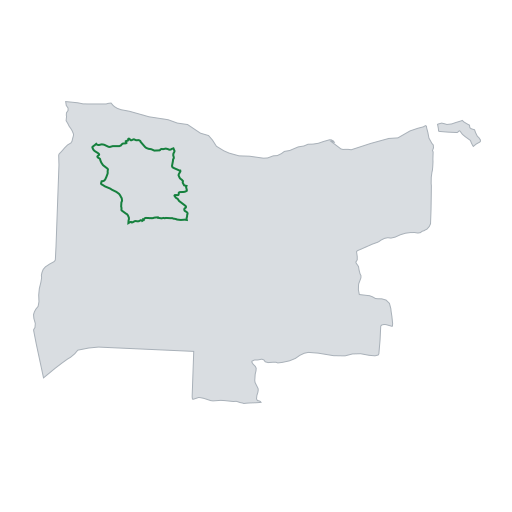 location of Huíla within Angola, rotated 92°
{"feature_id": "AGO-1891", "entity_name": "Huíla", "entity_type": "Province", "adm_level": 1, "iso_a3": "AGO", "parent_name": "Angola", "parent_adm1": "", "projection": "equal_earth", "projection_center": [15.141, -14.853], "detail": "fine", "context": "in_parent", "style": "outline", "palette": "green", "viewbox_px": 512, "rotation_deg": 92, "n_neighbors": 0, "source": "natural_earth", "source_scale": "10m", "svg_char_len": 7413}
<svg xmlns="http://www.w3.org/2000/svg" viewBox="0 0 512 512"><g transform="rotate(92 256 256)"><path d="M402.1,245.9L402.6,250.2L403.0,256.1L403.4,260.3L403.7,262.2L403.8,263.2L403.4,264.3L403.0,266.9L402.3,269.1L401.9,270.7L402.2,273.6L401.6,282.1L401.5,286.3L402.3,293.9L402.1,296.2L400.1,303.1L399.5,306.6L399.4,308.4L401.3,313.5L401.2,314.5L399.6,314.8L398.3,314.9L353.5,314.9L352.6,402.7L352.5,410.2L353.8,420.0L356.3,430.7L357.4,431.7L360.0,433.7L363.6,437.7L365.6,440.8L369.7,446.1L375.2,452.8L385.2,464.1L351.3,472.6L338.3,475.6L337.2,475.6L335.2,474.4L331.1,474.2L326.2,475.8L322.3,476.3L319.5,475.5L316.7,474.1L314.0,472.0L309.3,471.3L302.6,471.8L296.1,471.4L289.9,470.1L285.4,469.5L282.7,469.8L279.9,469.3L276.8,468.2L274.2,466.1L271.2,461.9L268.8,457.8L268.2,457.2L267.4,456.6L266.6,456.4L253.3,456.2L171.9,456.1L162.4,456.7L161.7,456.6L160.5,456.1L159.7,455.2L157.0,452.9L154.7,451.1L151.6,448.2L149.5,444.9L147.8,443.9L144.7,443.3L142.4,442.7L140.6,442.6L137.3,444.1L134.8,445.7L133.1,447.1L130.0,448.8L127.4,450.5L122.9,450.2L122.0,450.5L119.5,450.4L117.1,448.9L114.7,449.0L112.1,450.9L108.3,451.6L109.1,439.5L110.0,434.2L109.9,427.8L109.3,411.1L108.6,408.9L108.2,406.2L110.5,404.1L111.7,402.6L113.3,399.8L114.5,396.0L115.8,387.4L120.6,367.8L122.9,348.5L125.9,339.3L127.0,329.0L135.2,315.8L137.3,307.6L141.6,303.6L147.7,299.4L152.0,291.8L154.1,286.5L156.5,276.5L156.5,265.9L158.0,251.9L157.6,247.8L155.3,242.2L154.9,238.2L152.8,234.2L150.5,231.3L149.4,226.0L145.5,217.6L144.4,212.0L142.5,207.9L142.2,203.0L141.2,197.7L139.2,192.5L137.3,186.6L137.3,184.8L138.5,182.5L139.6,181.8L139.2,182.9L138.5,184.2L138.7,185.3L146.0,174.9L146.5,172.8L146.3,170.5L146.2,167.7L146.5,164.5L139.5,145.3L133.9,127.4L133.0,118.3L125.6,106.4L122.7,98.7L121.1,93.3L119.8,91.2L120.3,90.2L122.2,89.9L126.4,88.6L132.1,87.3L137.4,84.1L138.9,82.7L141.7,82.4L144.5,83.3L145.6,82.7L146.2,82.6L153.0,82.6L155.8,82.4L160.9,82.5L164.2,82.7L166.1,83.1L171.1,83.6L177.4,83.5L179.7,83.2L187.9,83.0L203.4,82.7L211.5,82.7L217.7,82.7L220.5,83.9L223.1,86.0L224.2,88.0L224.8,88.8L225.5,90.9L226.9,92.5L227.4,95.0L227.0,98.4L227.2,102.6L228.0,107.4L229.7,112.4L232.3,117.7L233.4,121.8L233.1,124.9L233.9,128.2L235.8,131.7L237.2,133.5L238.0,134.9L240.1,140.2L247.2,154.9L248.2,155.7L249.8,155.4L253.1,154.8L256.3,154.7L258.6,156.0L259.5,155.7L263.0,153.2L266.5,152.5L270.2,151.4L272.0,150.4L274.2,150.4L280.2,152.4L281.3,152.5L286.1,152.5L290.9,151.4L291.6,142.9L291.7,141.2L292.8,138.0L294.3,135.2L294.5,132.6L294.4,128.9L295.5,124.5L298.7,121.0L304.0,119.4L306.9,119.0L311.6,118.1L318.7,117.1L321.3,117.2L321.5,117.7L320.0,123.8L320.0,125.8L320.5,127.8L321.7,128.9L335.8,129.1L349.4,129.8L350.1,130.1L350.7,130.5L351.6,133.6L351.3,139.5L350.0,148.1L350.5,156.1L352.7,163.6L352.9,175.1L350.9,190.5L350.5,200.3L351.5,204.4L353.7,208.7L357.0,213.1L359.6,218.9L361.4,226.0L362.1,230.5L361.5,232.3L361.6,235.5L362.1,240.1L361.4,243.1L359.6,244.5L358.9,246.6L359.8,250.5L360.0,254.0L361.3,256.4L362.1,256.5L364.0,255.3L366.3,252.9L368.1,251.9L370.7,252.0L374.2,252.7L380.5,252.9L382.5,252.5L388.4,249.3L389.9,249.1L392.2,249.4L395.5,250.3L398.8,250.5L400.5,249.5L400.6,248.2L401.2,246.6L402.1,245.9ZM138.9,42.5L138.5,43.0L135.9,44.5L133.0,45.8L129.3,51.3L127.4,53.7L126.8,54.3L125.1,55.6L123.8,56.8L123.9,57.4L124.7,58.1L125.6,59.3L125.5,68.3L125.1,77.2L124.7,77.9L122.3,78.2L119.1,78.9L118.1,79.2L117.7,78.4L116.7,75.1L117.3,72.1L117.9,69.8L117.2,65.1L115.6,60.9L113.8,55.6L113.3,54.6L114.8,52.9L116.9,49.1L117.8,47.2L120.3,46.8L121.3,45.4L121.9,43.2L122.2,42.0L125.0,40.9L128.4,39.1L130.3,37.1L132.2,35.8L133.5,35.7L134.3,36.3L136.4,39.8L138.3,42.0L138.9,42.5Z" fill="#d9dde1" stroke="#a8b0b8" stroke-width="1"/><path d="M222.4,326.4L222.2,328.2L222.2,328.9L222.3,329.6L222.6,332.3L222.6,332.7L222.3,336.3L222.2,336.4L221.9,337.2L221.9,337.4L221.8,337.9L221.7,338.2L221.6,339.1L221.6,339.6L221.5,340.0L221.2,340.7L221.1,341.1L221.1,341.3L221.1,341.5L221.2,342.1L221.1,347.5L221.4,348.3L221.4,348.5L221.4,348.9L221.3,349.1L221.2,349.4L221.2,349.7L221.3,350.2L221.6,351.6L221.7,351.9L221.6,352.3L221.5,353.1L221.3,354.9L221.3,355.1L221.2,355.1L221.0,355.3L220.9,355.3L220.9,355.5L220.8,355.9L221.2,358.8L221.3,359.2L221.7,360.2L221.8,361.0L221.9,361.5L221.8,361.8L221.8,362.0L221.8,362.3L221.8,362.6L221.9,363.4L221.9,363.9L221.8,364.2L221.8,364.7L221.8,367.4L221.8,367.5L221.9,367.8L222.0,368.1L222.5,368.8L223.1,369.3L223.7,369.4L223.5,369.9L223.4,370.1L224.1,370.2L224.4,370.3L224.6,370.5L224.8,370.7L224.9,370.9L224.6,371.0L224.4,371.8L224.3,372.0L224.2,372.2L224.3,372.5L225.2,374.1L225.4,374.7L225.5,375.5L225.3,377.3L225.3,378.0L225.5,378.5L226.0,379.4L226.2,379.7L226.2,379.9L226.4,380.1L226.6,380.4L226.7,381.0L226.8,381.1L226.8,381.5L226.4,381.8L226.3,382.0L226.4,382.6L226.6,383.1L227.6,384.7L224.9,384.6L223.7,384.3L223.0,384.3L222.1,384.4L219.9,385.4L218.7,386.4L218.2,387.4L215.3,391.7L214.8,392.1L212.9,392.1L212.2,392.2L211.2,392.5L207.1,392.4L206.6,392.2L205.8,391.9L205.5,391.8L203.5,392.1L202.8,392.3L201.1,393.4L200.4,393.7L198.7,395.0L196.8,397.8L194.8,402.3L193.7,404.1L191.7,409.4L190.5,411.4L189.8,412.8L189.3,413.3L188.8,413.4L186.7,412.9L186.5,411.6L186.2,410.8L185.9,410.3L184.8,409.4L182.2,408.3L178.9,407.2L177.8,407.1L177.2,407.2L176.1,407.2L175.6,407.1L174.5,407.0L174.0,407.4L173.7,407.7L170.9,411.6L170.5,412.1L168.0,413.9L165.8,414.9L164.7,415.2L164.3,415.4L163.9,416.0L163.2,417.3L162.7,417.8L162.2,418.0L161.9,417.9L161.5,417.6L161.1,417.1L160.6,416.5L160.1,416.3L159.4,416.6L158.7,417.5L156.9,420.6L156.4,421.3L155.7,422.0L154.8,422.6L153.3,423.3L152.8,423.3L151.6,422.1L151.1,421.3L149.5,419.6L150.0,419.2L150.2,418.9L150.6,417.5L150.5,416.5L149.9,414.6L149.8,413.9L149.9,413.1L150.0,412.2L150.2,411.4L151.9,407.5L152.1,406.7L152.1,405.8L151.2,403.0L151.0,396.5L150.2,394.8L149.4,394.3L148.9,393.8L148.4,393.2L148.2,392.4L148.0,390.5L147.9,389.9L147.5,389.4L147.0,389.7L146.4,390.1L145.9,390.2L145.5,389.7L145.4,388.9L145.2,388.2L144.7,387.9L143.6,387.8L143.2,387.4L143.2,386.8L143.6,386.3L144.5,385.6L144.7,385.1L144.7,384.6L143.7,382.5L143.7,381.8L143.9,381.4L144.4,380.2L144.5,379.7L144.3,377.3L144.6,376.5L145.0,375.8L145.5,375.4L146.0,375.3L146.5,374.8L150.9,370.7L151.6,369.8L152.0,369.0L152.5,367.5L152.7,366.8L152.7,366.0L153.0,364.2L154.2,361.3L153.8,356.1L153.4,355.5L152.9,355.2L152.4,354.4L152.3,353.8L152.5,352.7L151.8,349.9L152.2,348.0L152.5,347.1L152.7,346.7L152.8,345.8L152.6,345.1L152.3,344.4L151.9,343.9L151.7,343.3L151.3,342.3L153.9,341.1L154.5,341.2L155.3,341.5L155.8,341.8L156.5,342.1L157.2,342.2L158.4,342.2L160.2,341.6L160.8,341.6L161.2,341.6L162.3,342.2L162.9,342.3L163.8,342.3L169.0,343.1L170.3,342.5L171.0,341.1L172.7,336.8L173.1,336.1L173.2,335.6L173.2,334.7L173.9,334.5L174.3,334.6L175.2,335.1L177.1,336.1L178.1,336.2L180.4,335.1L181.0,334.7L181.6,334.0L182.5,332.7L183.7,331.6L184.7,331.8L185.3,331.8L187.9,330.3L188.4,327.9L189.5,328.3L192.6,327.4L193.3,327.5L194.0,328.7L194.3,329.6L194.5,330.4L194.8,334.3L195.1,335.0L195.6,335.4L196.7,335.4L197.2,335.5L197.7,335.7L197.9,336.4L197.9,337.1L197.9,338.6L198.0,339.3L198.3,339.5L198.6,339.6L200.5,338.2L200.9,337.6L201.7,336.2L203.7,334.8L207.8,329.0L208.8,327.8L209.2,327.7L209.7,327.7L210.1,327.9L211.0,329.0L211.6,329.3L212.1,329.3L213.1,329.0L213.4,328.7L214.5,326.8L215.0,326.3L215.6,325.9L216.4,325.9L217.1,326.2L219.2,326.3L220.1,326.6L220.9,326.7L222.4,326.4Z" fill="none" stroke="#15803d" stroke-width="2"/></g></svg>